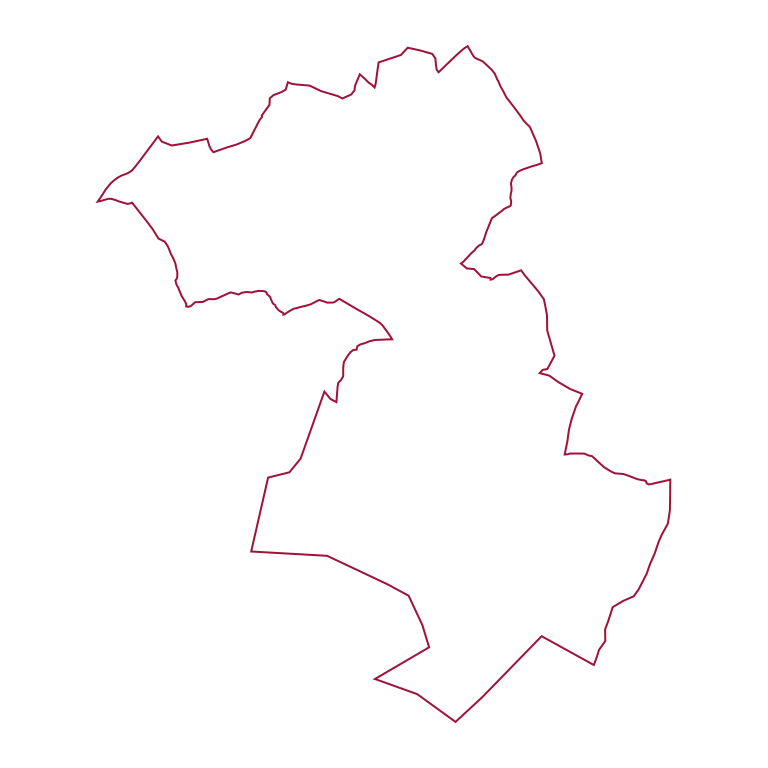 Aboh-Mbaise, Imo, Nigeria
{"feature_id": "59680162B96723309662383", "entity_name": "Aboh-Mbaise", "entity_type": "district", "adm_level": 2, "iso_a3": "NGA", "parent_name": "Nigeria", "parent_adm1": "Imo", "projection": "orthographic", "projection_center": [7.239, 5.423], "detail": "fine", "context": "isolated", "style": "outline", "palette": "rose", "viewbox_px": 768, "rotation_deg": 0, "n_neighbors": 0, "source": "geoboundaries", "source_scale": "gbopen_adm2", "svg_char_len": 4450}
<svg xmlns="http://www.w3.org/2000/svg" viewBox="0 0 768 768"><path d="M287.9,82.2L285.7,89.6L281.5,92.1L273.5,95.1L269.8,98.3L269.5,104.8L261.8,115.4L262.1,116.9L259.4,120.3L250.3,138.1L244.9,141.1L236.1,144.7L227.3,147.3L213.4,152.2L211.4,149.9L209.6,146.7L207.2,138.8L189.5,142.6L171.8,145.5L161.9,141.7L158.0,136.4L153.6,142.4L139.7,160.9L135.6,166.2L134.1,167.9L132.9,169.5L131.5,170.9L129.2,172.3L126.5,173.8L123.8,174.7L121.5,175.6L118.5,177.2L114.9,179.7L110.8,183.2L105.7,189.5L101.2,196.6L97.7,201.6L99.5,201.3L102.4,200.5L105.8,199.5L108.6,198.8L111.1,198.8L115.7,200.1L118.6,201.3L122.5,202.5L125.0,203.2L127.4,203.9L130.1,203.4L132.1,202.7L146.9,221.5L152.8,229.4L154.9,232.8L155.7,234.2L156.6,235.5L158.4,238.5L164.7,241.7L167.9,246.4L171.0,254.2L173.0,257.8L175.3,263.2L176.3,268.2L177.3,272.2L177.3,276.7L176.6,279.0L175.4,280.4L176.4,284.5L178.3,287.8L179.3,290.4L180.3,292.8L181.5,295.8L183.6,299.2L184.9,301.2L186.2,304.1L186.2,306.5L188.6,306.8L190.9,306.0L195.2,302.2L202.6,302.0L208.5,299.1L214.5,299.2L216.8,298.6L227.6,293.7L230.6,292.4L234.7,293.4L238.5,294.5L241.9,292.7L246.7,292.0L252.0,292.5L254.6,291.6L256.0,291.5L257.6,291.0L259.1,290.9L261.6,291.0L263.1,291.1L264.8,291.4L266.3,292.2L266.8,293.8L267.4,294.5L268.6,295.5L270.2,297.1L270.9,299.2L271.9,301.3L272.8,303.4L275.3,305.2L275.9,307.1L277.0,308.3L278.2,309.8L279.1,310.6L280.8,311.7L282.3,312.4L283.3,313.2L283.4,314.7L284.6,314.3L287.0,312.6L290.0,310.8L293.2,308.9L295.3,308.4L297.7,307.8L300.1,307.1L306.0,305.7L311.0,304.2L314.6,302.3L317.4,300.8L319.3,300.0L322.5,301.0L324.7,301.7L327.0,302.6L329.0,302.6L332.4,302.6L333.9,302.3L335.4,301.5L337.2,300.2L339.2,298.8L357.6,309.6L360.7,311.3L369.9,316.6L374.9,319.7L380.2,323.1L382.7,325.6L388.2,333.2L390.3,336.3L392.1,339.3L385.8,339.5L379.6,339.8L374.8,340.0L369.1,341.4L364.9,343.1L360.1,344.5L357.3,346.3L356.6,349.7L353.2,350.0L350.7,352.0L348.9,354.1L346.7,357.5L344.2,361.4L343.6,363.8L343.2,368.1L343.2,368.5L343.2,370.2L343.2,373.5L343.2,375.1L342.9,376.9L340.7,380.5L339.1,381.9L338.2,383.0L337.6,386.7L336.4,402.1L330.5,399.0L324.4,391.6L300.6,458.6L289.4,472.3L268.1,477.6L251.2,551.5L327.0,555.8L387.7,584.4L408.7,595.8L422.4,625.2L429.1,647.3L374.9,679.0L417.3,694.2L455.5,721.9L482.4,697.0L541.6,636.2L593.8,665.0L595.4,660.9L596.9,656.7L599.0,649.9L605.3,641.0L605.1,629.3L608.1,621.5L612.7,607.2L623.0,601.0L633.8,596.2L638.7,589.3L642.7,581.5L646.7,573.7L649.7,564.9L654.8,553.2L657.5,545.2L658.7,541.7L658.8,541.4L661.2,536.0L661.8,534.6L667.8,523.8L668.9,517.0L669.9,510.1L670.1,499.3L670.2,490.1L670.2,487.6L670.3,479.7L649.1,484.5L646.7,483.4L645.9,481.1L643.7,480.1L643.2,480.4L637.5,479.2L628.0,475.6L623.4,474.0L614.9,473.3L611.0,471.5L603.9,467.1L600.1,463.6L592.0,456.1L589.1,455.6L584.1,453.6L576.1,453.5L569.7,453.6L567.4,454.3L564.7,454.5L567.4,441.1L568.9,430.0L571.6,419.2L573.8,412.7L576.1,406.1L577.5,403.6L582.2,393.8L570.3,389.1L558.7,382.3L549.2,375.6L539.7,373.1L542.8,369.8L547.3,369.1L554.5,355.7L547.2,330.5L547.0,315.5L545.7,308.2L543.9,299.3L538.4,291.5L524.6,275.1L521.1,270.3L515.1,272.4L508.6,274.6L498.8,274.9L496.1,276.4L492.8,279.1L490.6,279.7L490.3,277.9L485.9,277.3L481.1,276.4L476.4,271.4L474.0,269.1L470.1,268.7L466.9,268.5L460.9,263.5L463.8,261.3L464.9,260.0L467.8,257.0L471.6,252.9L474.8,250.1L475.9,248.4L478.9,245.6L481.5,244.3L482.6,242.8L484.2,238.6L486.1,232.6L488.9,225.6L491.9,218.2L496.0,215.3L499.7,212.4L502.0,210.8L503.8,209.1L506.3,207.8L509.7,206.3L510.8,205.4L511.2,200.8L510.4,198.3L510.5,196.2L510.8,193.8L511.5,191.0L511.5,187.4L511.0,184.2L511.1,182.8L511.9,179.8L513.1,177.6L515.5,175.1L516.8,172.7L518.4,171.4L522.7,169.5L528.2,167.6L533.1,165.9L535.9,165.2L539.0,164.2L541.8,163.2L540.3,153.9L539.3,150.7L535.9,140.6L533.7,135.7L531.7,131.1L530.9,129.1L529.4,126.4L526.9,124.1L523.6,120.6L520.6,116.1L514.3,107.6L509.9,101.9L506.4,97.5L505.4,95.4L503.1,91.0L500.1,85.6L498.1,80.6L497.4,79.8L494.7,73.6L491.7,69.8L487.7,66.0L482.9,61.5L479.0,59.6L477.3,59.1L474.7,57.6L473.3,55.9L471.9,53.6L469.9,50.0L467.6,46.1L464.0,48.5L459.4,52.4L455.3,56.2L448.7,62.5L440.6,70.3L438.5,72.3L436.6,69.4L435.9,64.5L435.4,58.5L432.3,53.9L420.3,50.5L407.7,47.7L400.9,55.0L389.8,58.7L378.6,62.4L377.5,70.0L376.2,80.0L375.6,84.0L374.6,87.5L372.2,85.1L368.4,82.4L365.4,79.4L359.8,74.3L355.1,85.5L354.5,90.3L351.2,94.5L342.3,98.5L337.8,96.1L321.1,91.1L309.6,85.6L295.6,84.4L291.3,83.7L287.9,82.2Z" fill="none" stroke="#9f1239" stroke-width="2"/></svg>